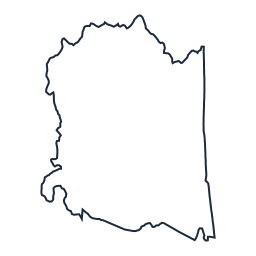 outline of Una, Bahia, Brazil
{"feature_id": "56859067B7113897673076", "entity_name": "Una", "entity_type": "district", "adm_level": 2, "iso_a3": "BRA", "parent_name": "Brazil", "parent_adm1": "Bahia", "projection": "equal_earth", "projection_center": [-39.164, -15.214], "detail": "fine", "context": "isolated", "style": "outline", "palette": "slate", "viewbox_px": 256, "rotation_deg": 0, "n_neighbors": 0, "source": "geoboundaries", "source_scale": "gbopen_adm2", "svg_char_len": 3984}
<svg xmlns="http://www.w3.org/2000/svg" viewBox="0 0 256 256"><path d="M49.4,201.6L51.6,201.5L53.2,199.6L53.2,196.2L53.7,194.4L53.9,192.3L53.6,190.1L53.5,188.2L54.6,187.0L56.6,186.0L60.5,185.8L61.9,188.4L63.7,188.8L64.8,190.5L66.3,193.8L65.9,196.8L64.7,198.0L63.9,200.2L64.3,202.9L65.4,204.5L66.4,206.5L67.1,208.9L68.8,210.3L70.9,211.1L72.0,214.1L74.4,214.8L76.8,214.4L79.2,214.3L80.5,216.4L81.8,218.9L82.6,209.5L84.1,210.8L86.0,212.5L87.8,213.7L88.8,215.0L90.0,216.6L91.7,217.8L93.4,218.4L95.9,218.8L97.3,219.0L99.6,219.0L101.2,220.1L102.7,220.1L124.7,229.5L132.4,230.9L134.3,231.1L135.8,231.0L137.2,230.5L138.8,230.1L140.7,228.6L141.4,226.7L142.7,226.0L144.1,225.6L145.7,224.1L147.7,223.4L149.9,223.0L151.4,224.8L152.5,226.9L154.5,226.9L156.2,225.4L158.4,225.4L160.1,224.0L161.9,222.8L163.8,223.1L174.6,229.3L179.1,231.9L194.7,240.1L196.0,238.2L197.1,235.6L198.2,231.7L198.6,229.9L199.8,228.3L202.2,228.5L202.8,230.7L203.5,232.9L204.4,235.2L203.7,238.0L204.6,239.6L206.0,240.6L207.8,240.3L207.9,236.8L209.9,236.7L214.6,237.6L214.2,234.1L213.9,231.2L213.6,228.1L213.3,225.1L212.9,222.8L212.6,220.2L212.2,216.7L211.8,213.2L211.3,210.6L211.1,208.5L210.8,206.3L210.6,204.2L210.3,201.9L210.0,199.0L209.6,196.4L209.4,193.8L209.1,190.8L208.9,188.8L208.7,186.6L208.2,183.4L206.9,181.7L205.6,180.8L205.9,178.2L206.3,175.9L206.3,173.2L206.1,171.0L206.0,168.8L205.8,165.9L205.7,163.5L205.7,160.5L205.5,157.8L205.4,155.3L205.4,153.1L205.3,151.3L205.2,149.0L205.1,146.9L205.1,144.6L204.8,141.2L204.6,137.4L204.3,134.7L203.9,132.6L203.6,130.1L203.6,127.9L203.6,125.6L203.5,123.6L203.6,121.2L203.6,118.3L203.7,114.9L203.8,111.7L203.9,109.3L204.0,106.7L204.0,103.3L204.2,100.1L204.3,97.4L204.3,94.4L204.4,92.2L204.4,89.8L204.4,86.8L204.4,83.9L204.4,81.5L204.4,79.0L204.3,76.6L204.2,74.4L204.1,72.1L204.1,69.0L204.0,66.6L204.0,64.8L204.0,62.1L203.9,59.0L203.8,55.1L203.7,52.5L203.7,49.7L203.8,46.7L201.6,46.6L200.5,50.1L198.6,51.0L197.5,52.9L196.1,51.6L194.6,51.4L193.4,50.5L191.7,50.9L190.0,52.8L188.2,54.8L187.1,57.8L185.4,59.4L183.7,61.2L182.4,62.6L181.1,63.0L179.9,61.9L178.7,61.0L176.9,61.5L174.8,62.0L172.7,63.1L172.2,61.4L172.2,58.5L170.7,56.2L169.9,54.6L168.3,53.4L166.2,53.2L164.0,53.0L164.1,50.5L164.9,48.1L164.4,45.8L163.7,43.6L162.3,42.6L160.5,43.0L158.7,41.6L157.8,39.7L156.8,38.5L155.6,36.9L154.3,35.5L153.1,34.3L151.0,33.8L149.7,32.6L148.3,30.7L147.0,29.4L145.8,28.4L145.6,25.9L144.7,23.3L143.5,20.0L142.5,17.5L141.3,16.1L139.8,15.4L138.1,15.9L137.0,16.8L135.7,18.3L134.6,19.2L133.6,21.4L132.4,23.4L131.1,25.2L129.6,26.6L128.2,27.8L126.8,28.4L124.9,25.7L123.1,24.9L120.4,26.6L118.7,26.0L118.0,23.9L116.3,25.3L113.8,26.7L111.1,25.5L108.9,24.8L107.2,24.2L104.9,22.3L103.9,24.1L102.3,24.8L100.4,26.0L98.6,27.0L96.2,25.9L94.3,24.6L93.0,23.8L91.0,23.4L89.6,26.1L87.9,25.9L86.0,26.1L84.5,26.9L83.6,29.4L82.6,32.0L82.1,36.7L80.5,38.3L79.2,40.2L77.8,42.2L76.4,42.8L74.9,43.8L73.4,45.2L71.8,43.8L69.7,43.8L67.8,42.2L66.0,40.3L64.0,38.4L62.5,39.0L61.6,42.1L62.2,44.7L62.6,46.9L62.0,48.7L60.7,51.2L58.9,53.6L57.4,55.2L55.4,55.5L53.9,56.9L52.3,57.5L50.8,57.8L49.6,58.9L48.5,61.4L46.8,64.1L47.1,67.6L47.3,70.4L46.7,72.6L46.3,75.8L47.5,78.0L48.7,80.5L48.8,83.3L47.7,85.5L46.3,89.1L46.1,91.8L47.3,92.9L48.6,94.2L50.2,94.7L51.9,93.3L53.3,92.4L53.8,95.6L53.9,98.9L53.9,100.7L54.4,103.7L55.2,105.7L55.7,107.5L56.2,109.7L57.5,111.3L58.1,113.9L59.4,115.1L59.9,117.6L60.6,119.7L61.1,121.7L60.3,123.1L60.3,126.8L57.9,128.3L56.6,130.2L58.0,131.9L59.7,133.7L60.8,135.3L59.3,137.6L59.0,140.8L56.9,141.0L56.3,143.0L56.7,145.1L57.3,148.8L57.4,152.7L57.0,158.2L55.4,159.1L53.7,159.2L52.3,158.9L51.1,159.6L51.3,161.4L52.4,162.9L53.5,165.2L54.9,166.5L57.1,165.2L59.2,165.3L60.9,166.6L61.0,168.7L59.4,168.8L57.2,169.9L54.8,171.0L52.9,171.6L51.8,172.8L50.2,173.7L49.0,175.1L47.5,175.5L46.2,176.7L44.8,177.3L44.4,180.3L43.4,182.7L41.9,184.1L41.6,186.2L41.7,188.6L41.4,190.9L41.4,193.0L42.0,195.2L43.6,195.7L44.8,196.6L45.9,198.5L46.6,200.3L47.9,200.8L49.4,201.6Z" fill="none" stroke="#1e293b" stroke-width="2"/></svg>